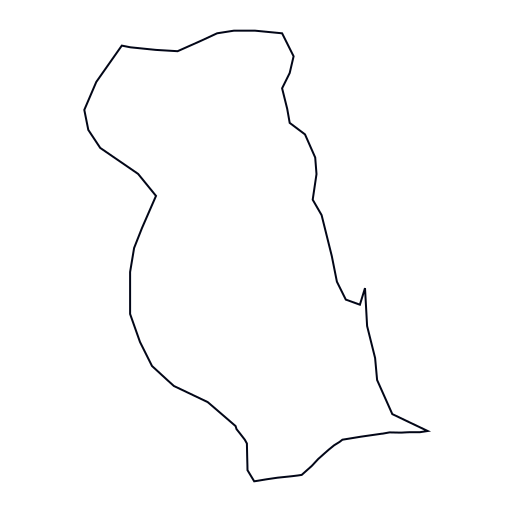 Mathiatis, Nicosia, Cyprus
{"feature_id": "46923920B42589878398501", "entity_name": "Mathiatis", "entity_type": "district", "adm_level": 2, "iso_a3": "CYP", "parent_name": "Cyprus", "parent_adm1": "Nicosia", "projection": "orthographic", "projection_center": [33.347, 34.962], "detail": "fine", "context": "isolated", "style": "outline", "palette": "ink", "viewbox_px": 512, "rotation_deg": 0, "n_neighbors": 0, "source": "geoboundaries", "source_scale": "gbopen_adm2", "svg_char_len": 1071}
<svg xmlns="http://www.w3.org/2000/svg" viewBox="0 0 512 512"><path d="M392.3,414.1L377.1,380.0L375.1,358.0L367.1,326.0L365.0,288.1L359.9,304.7L345.8,299.6L336.9,281.7L331.8,256.1L321.6,215.1L312.7,199.7L316.5,174.1L315.2,157.5L305.0,134.4L289.7,122.9L287.2,108.8L282.1,88.3L289.7,73.0L293.6,56.3L282.1,33.3L255.3,30.7L233.7,30.7L217.1,33.3L200.5,41.0L177.6,51.2L155.9,49.9L130.4,47.3L121.8,45.6L96.3,81.9L84.3,109.9L88.3,129.9L100.2,147.9L138.1,173.9L156.0,195.9L142.0,228.0L134.1,248.0L130.1,272.0L130.1,314.0L140.0,342.0L152.0,366.0L167.8,380.5L173.9,386.0L207.7,402.1L219.6,412.3L235.6,426.1L236.5,429.1L240.0,433.5L244.8,439.7L246.9,443.5L247.2,457.3L247.4,464.9L247.5,470.2L254.2,481.3L257.5,480.8L266.5,479.3L277.5,477.7L292.0,476.2L297.7,475.5L301.7,474.9L311.9,465.8L318.2,459.0L324.6,453.3L328.7,449.7L334.1,445.3L339.6,441.9L342.4,439.7L348.6,438.7L360.8,436.7L381.8,433.7L382.4,433.7L384.0,433.4L389.5,432.4L399.4,432.6L401.8,432.6L405.1,432.4L409.6,432.2L419.9,432.2L427.7,431.0L409.0,422.1L392.3,414.1Z" fill="none" stroke="#020617" stroke-width="2"/></svg>